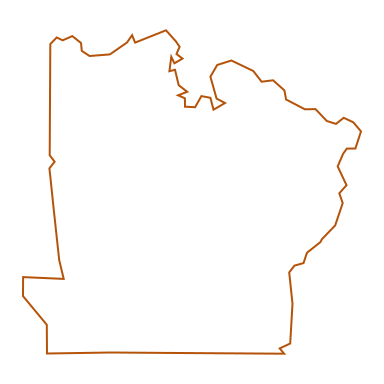 Avoyelles, Louisiana, United States of America
{"feature_id": "52423323B56288271705093", "entity_name": "Avoyelles", "entity_type": "district", "adm_level": 2, "iso_a3": "USA", "parent_name": "United States of America", "parent_adm1": "Louisiana", "projection": "albers", "projection_center": [-91.961, 31.096], "detail": "fine", "context": "isolated", "style": "outline", "palette": "amber", "viewbox_px": 384, "rotation_deg": 0, "n_neighbors": 0, "source": "geoboundaries", "source_scale": "gbopen_adm2", "svg_char_len": 1021}
<svg xmlns="http://www.w3.org/2000/svg" viewBox="0 0 384 384"><path d="M284.1,353.7L279.7,348.4L290.2,343.5L292.5,303.7L289.2,272.4L294.5,265.6L303.5,263.1L307.0,252.7L320.4,242.1L321.9,239.2L335.2,225.4L342.7,203.1L339.3,193.3L346.5,185.2L337.7,166.4L343.1,153.8L346.8,148.6L355.4,148.5L361.0,131.4L353.3,122.3L343.7,117.8L336.0,123.9L326.8,121.0L315.5,109.1L304.9,109.3L286.1,99.5L284.4,90.4L273.1,80.3L261.6,81.7L253.3,71.0L231.4,60.5L217.2,65.0L210.4,76.7L216.6,98.6L225.0,103.0L213.5,109.7L210.4,97.8L201.4,96.1L195.1,107.2L185.0,106.7L184.9,98.3L178.1,95.3L187.2,91.8L178.7,85.2L175.0,69.8L169.4,71.2L171.3,56.8L174.4,63.3L182.5,58.6L176.5,54.0L179.6,46.8L176.0,41.5L166.0,30.3L135.1,42.6L132.1,35.2L127.0,42.5L109.9,54.4L89.6,56.0L81.8,50.9L81.0,43.0L72.3,36.1L62.7,40.3L56.7,37.5L50.3,44.1L49.7,155.3L54.6,161.7L49.4,168.4L50.5,178.3L53.3,205.5L59.2,260.1L63.7,278.9L23.1,277.1L23.0,296.1L46.8,324.8L47.0,353.5L61.0,353.3L110.3,352.5L164.2,352.9L284.1,353.7Z" fill="none" stroke="#b45309" stroke-width="2"/></svg>